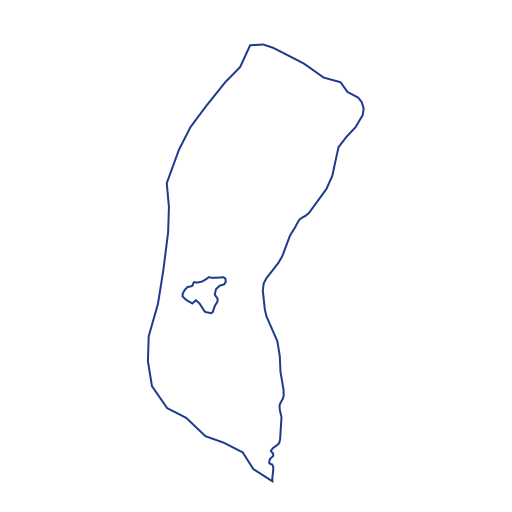 the border of North-East, rotated 27°
{"feature_id": "BWA-4853", "entity_name": "North-East", "entity_type": "District", "adm_level": 1, "iso_a3": "BWA", "parent_name": "Botswana", "parent_adm1": "", "projection": "natural_earth1", "projection_center": [27.629, -21.012], "detail": "fine", "context": "isolated", "style": "outline", "palette": "blue", "viewbox_px": 512, "rotation_deg": 27, "n_neighbors": 0, "source": "natural_earth", "source_scale": "10m", "svg_char_len": 1496}
<svg xmlns="http://www.w3.org/2000/svg" viewBox="0 0 512 512"><g transform="rotate(27 256 256)"><path d="M176.9,62.7L211.1,62.8L235.3,66.3L252.5,62.8L263.0,68.3L275.2,68.5L280.5,71.0L284.9,75.6L287.1,81.9L286.2,96.1L282.5,108.7L280.1,121.6L287.6,150.0L288.3,164.4L283.7,193.4L282.1,197.4L279.9,200.5L278.2,203.8L277.8,208.5L277.9,212.6L277.1,220.6L277.2,224.1L279.5,244.2L279.1,251.8L275.4,270.8L275.3,277.0L277.8,283.8L288.2,299.7L292.8,305.1L313.7,322.2L322.7,334.5L330.4,348.1L341.2,362.6L344.0,367.7L344.7,370.6L344.5,376.2L345.0,378.9L347.0,382.2L351.9,388.1L360.8,408.6L361.6,412.3L360.6,415.1L358.3,419.4L357.7,422.8L358.7,423.5L360.9,424.2L362.1,426.3L360.5,430.9L361.7,434.4L363.2,434.8L364.9,434.4L366.9,435.8L368.5,438.8L371.2,446.1L372.9,449.3L350.4,447.1L333.3,437.0L312.0,437.0L292.8,439.5L267.2,431.9L245.9,431.9L222.4,419.2L207.5,398.9L196.8,376.1L190.4,343.2L179.7,310.2L166.9,274.7L156.2,251.9L143.4,231.6L139.1,196.2L139.1,170.8L143.4,145.5L149.7,115.1L156.1,94.8L155.1,70.9L166.4,64.3L176.9,62.7ZM236.7,328.8L241.9,327.4L243.0,325.2L242.4,322.7L242.0,318.6L242.4,314.2L241.2,311.5L238.3,310.0L236.7,309.0L235.4,303.7L237.2,298.8L240.5,295.8L240.8,292.7L239.0,290.0L236.4,289.8L233.6,291.6L227.0,295.3L223.7,296.2L221.4,300.4L219.6,303.2L215.7,306.4L212.7,307.4L212.5,308.6L212.9,311.3L211.2,313.2L209.1,314.6L208.0,318.3L207.7,322.7L209.0,325.4L214.1,326.9L220.8,327.2L222.5,322.7L227.1,323.9L235.4,328.7L236.7,328.8Z" fill="none" stroke="#1e3a8a" stroke-width="2"/></g></svg>